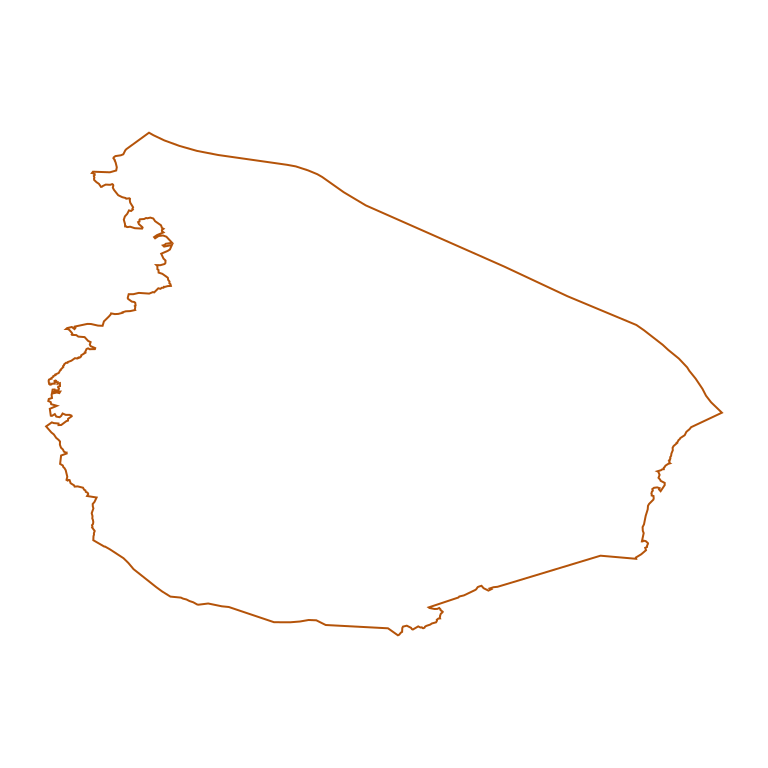 "Østre Toten" nor, Oppland, Norway
{"feature_id": "86288312B18082183204851", "entity_name": "\"Østre Toten\" nor", "entity_type": "district", "adm_level": 2, "iso_a3": "NOR", "parent_name": "Norway", "parent_adm1": "Oppland", "projection": "equal_earth", "projection_center": [10.862, 60.623], "detail": "fine", "context": "isolated", "style": "outline", "palette": "amber", "viewbox_px": 768, "rotation_deg": 0, "n_neighbors": 0, "source": "geoboundaries", "source_scale": "gbopen_adm2", "svg_char_len": 5942}
<svg xmlns="http://www.w3.org/2000/svg" viewBox="0 0 768 768"><path d="M93.0,171.7L92.0,173.0L93.0,173.1L93.5,173.7L94.7,174.1L94.7,175.1L93.8,176.0L94.4,177.7L94.0,178.7L94.2,180.0L96.5,182.2L98.9,183.8L101.0,186.9L102.0,186.7L102.8,186.0L105.7,184.6L110.3,184.8L112.2,184.1L113.1,184.7L113.3,185.7L112.8,187.7L114.0,189.9L118.2,195.2L122.3,197.2L125.6,198.0L126.2,198.7L129.4,198.3L130.0,198.8L129.8,200.3L130.2,202.6L133.1,207.3L132.4,208.8L132.9,209.5L131.1,211.0L129.0,210.4L127.2,213.9L124.9,216.4L123.8,219.7L125.0,224.0L125.1,226.4L126.3,226.4L126.6,226.9L127.6,227.1L130.1,226.7L134.8,228.2L142.1,228.6L142.6,227.6L142.4,227.2L138.9,224.1L138.1,222.1L139.5,221.5L139.4,220.0L139.9,219.3L144.1,219.0L146.1,218.0L147.4,218.3L150.3,217.6L153.3,218.5L155.1,221.2L161.0,225.3L162.0,228.0L163.5,228.8L162.0,229.9L161.9,230.6L162.0,231.2L163.5,232.4L157.0,235.1L154.1,237.1L155.1,238.3L158.6,236.0L163.0,235.5L166.4,236.7L172.1,242.8L165.7,243.8L164.7,244.9L162.9,245.4L164.1,246.6L171.9,245.0L169.9,249.5L167.7,250.9L161.2,253.7L163.5,258.6L165.5,260.5L165.4,263.0L164.6,264.0L160.3,265.2L156.4,265.1L157.4,266.1L157.4,269.2L158.5,270.0L158.6,272.6L162.3,273.8L167.8,277.7L168.2,279.9L169.5,281.5L169.4,283.3L170.4,284.1L170.9,285.9L167.7,286.1L164.9,286.9L163.9,286.8L163.5,287.7L161.7,287.8L160.5,288.8L158.3,288.3L154.2,292.4L152.9,292.1L149.2,293.6L138.8,292.9L133.3,294.2L128.7,294.2L127.7,298.0L128.1,298.9L131.8,301.6L134.2,302.0L135.2,302.7L135.6,305.3L134.8,306.0L135.3,306.8L134.9,309.3L135.2,310.0L130.2,311.1L125.8,311.3L122.5,312.3L122.6,312.8L118.3,313.9L114.9,314.1L111.1,313.4L110.8,314.3L109.0,316.4L103.9,321.4L102.6,325.8L98.0,325.6L91.0,324.0L87.4,323.9L74.6,326.6L74.0,328.1L75.1,328.3L74.5,329.1L71.8,327.0L67.1,328.1L66.1,329.0L67.7,329.0L69.3,329.9L71.9,332.9L72.3,333.7L71.7,334.6L72.0,334.9L76.3,335.1L78.3,336.6L84.6,337.1L88.1,340.9L90.6,342.1L89.8,344.6L90.7,346.2L95.2,348.1L94.9,349.1L89.5,349.2L88.3,348.4L87.6,348.5L86.5,349.1L85.4,351.5L85.5,352.2L85.0,352.4L85.3,352.8L81.2,355.3L81.1,356.5L80.0,357.3L78.6,357.4L77.8,357.9L78.3,358.1L77.3,358.5L74.9,358.2L71.4,360.7L67.7,362.1L67.5,362.8L66.0,362.8L64.1,364.4L64.0,365.2L63.0,366.2L63.3,367.0L60.8,369.5L60.8,370.0L60.2,370.3L58.7,373.0L55.3,374.5L55.5,375.1L53.3,376.1L53.3,376.7L50.6,378.7L50.9,378.9L49.0,379.6L48.7,380.4L48.7,381.7L49.1,383.6L49.5,383.6L49.3,384.1L50.1,384.7L51.5,384.4L52.0,383.7L54.7,383.7L54.5,380.9L55.5,380.5L55.9,380.7L55.6,381.1L56.0,382.1L57.7,382.1L57.5,383.8L59.9,383.1L60.0,386.1L58.2,386.6L58.1,387.4L59.0,388.7L58.4,390.3L54.8,390.3L54.6,389.5L52.6,389.6L52.2,392.0L60.2,391.6L59.3,393.1L56.8,392.5L51.9,393.6L51.6,394.9L52.0,398.0L48.8,399.0L48.3,401.0L50.7,402.1L51.2,404.2L56.9,405.8L49.8,408.8L50.8,415.7L51.9,415.9L54.8,414.1L56.3,416.6L59.6,417.2L61.2,415.9L62.6,413.5L65.8,414.9L69.7,414.9L71.5,415.6L71.7,416.3L68.1,418.8L68.0,420.6L66.4,421.1L61.2,425.0L58.5,425.1L58.5,423.5L53.8,423.1L51.8,422.4L46.1,426.4L51.4,432.5L53.8,434.4L56.2,437.9L58.5,439.8L60.0,441.5L59.9,444.7L61.0,447.7L62.9,449.5L63.9,451.6L66.0,452.7L66.6,452.6L66.7,453.5L61.1,455.5L60.1,463.9L62.8,465.5L63.4,467.2L64.4,468.0L65.7,470.2L67.3,476.8L66.5,479.9L67.7,480.6L68.6,479.9L69.6,480.1L70.6,483.2L74.1,485.4L74.6,486.6L77.7,486.4L83.0,487.7L84.1,489.7L85.4,490.4L85.8,491.9L87.4,492.6L88.1,493.5L88.2,494.2L87.1,496.0L96.6,497.5L94.5,501.9L92.7,504.0L92.8,506.3L93.4,508.4L91.7,513.2L92.5,516.1L92.3,518.6L92.8,519.5L93.3,522.0L93.0,524.0L92.0,525.2L92.5,527.0L92.1,527.5L94.7,531.0L93.9,533.2L94.0,534.7L93.5,536.1L93.3,540.2L104.3,546.6L104.9,546.5L109.7,549.2L123.5,558.2L128.3,562.9L133.6,569.2L156.2,587.1L162.2,591.5L170.4,596.6L180.9,597.6L183.0,598.6L186.5,599.5L189.4,601.0L193.3,602.3L197.2,604.5L198.5,604.7L208.2,603.5L221.8,606.3L228.8,607.0L274.0,622.2L290.0,622.3L300.0,621.5L308.6,620.0L316.3,620.3L325.7,625.0L388.0,628.3L397.9,635.3L399.2,634.7L400.9,632.6L402.1,631.9L402.3,628.0L403.0,626.6L406.8,625.7L411.0,627.8L412.0,629.2L412.9,629.5L418.2,626.4L420.4,627.5L421.8,627.3L422.6,628.1L423.4,628.2L424.5,627.7L425.0,626.7L426.3,625.9L430.2,624.6L431.8,623.5L436.1,622.3L437.0,620.6L436.8,619.8L438.3,618.6L440.0,618.4L439.7,617.8L440.1,616.8L440.0,616.0L440.8,613.8L442.6,612.2L442.7,611.7L440.6,610.2L440.5,609.4L439.2,608.0L437.3,608.9L434.6,609.0L429.5,608.0L428.7,607.4L458.4,597.5L459.3,596.5L463.9,595.4L475.2,590.0L476.2,589.3L477.7,587.1L479.4,586.4L481.5,585.8L483.6,588.2L488.4,590.6L491.3,589.2L489.9,588.4L493.6,587.2L497.5,586.8L504.9,584.6L600.5,555.7L636.2,558.8L635.9,557.5L641.2,554.3L646.0,550.2L645.2,547.8L647.0,547.0L647.1,545.6L648.0,543.7L647.9,543.1L645.7,541.1L643.7,540.7L642.7,541.4L641.9,541.4L643.7,533.1L642.8,530.8L642.6,527.1L644.0,524.3L645.7,515.8L647.7,509.4L648.0,505.8L649.1,503.9L653.4,499.6L653.7,498.4L653.5,496.0L651.7,495.5L651.7,494.1L651.4,493.6L651.9,491.7L652.8,490.7L652.3,489.1L654.0,487.8L657.2,487.4L659.6,488.2L659.0,489.4L660.6,491.2L664.7,485.1L664.7,482.9L660.6,480.8L660.2,479.7L658.5,477.8L659.6,474.9L658.3,471.7L657.4,471.3L661.0,470.2L662.3,469.3L663.8,469.2L663.8,467.7L664.7,467.0L665.4,465.7L668.3,463.8L669.7,463.4L669.3,463.2L669.7,462.9L669.3,462.5L669.5,461.3L669.0,460.8L669.9,459.9L669.6,459.6L670.4,458.4L670.2,457.2L671.1,455.9L671.4,453.6L672.8,450.2L672.6,447.8L673.6,446.0L677.0,443.1L676.7,442.8L677.5,442.1L678.6,440.0L679.6,439.3L680.4,438.0L684.7,435.2L686.4,431.8L689.6,429.1L691.1,427.2L721.9,412.7L711.1,402.3L706.0,395.7L702.5,388.9L695.6,378.6L689.3,370.8L687.2,367.4L678.9,358.6L668.1,349.8L662.8,344.9L643.9,330.2L636.4,325.0L567.4,296.2L504.3,266.6L365.8,205.4L343.7,192.2L322.2,177.0L317.3,174.2L308.1,170.4L295.8,166.4L287.0,164.8L218.2,155.0L197.0,150.9L179.4,145.9L164.3,140.4L153.4,135.2L149.0,132.7L126.4,149.1L125.3,150.3L123.3,154.3L120.8,155.3L115.4,156.1L113.7,157.4L113.4,158.2L114.9,160.2L114.7,160.6L115.6,162.4L116.8,167.3L116.2,170.5L109.9,172.3L93.0,171.7Z" fill="none" stroke="#b45309" stroke-width="2"/></svg>